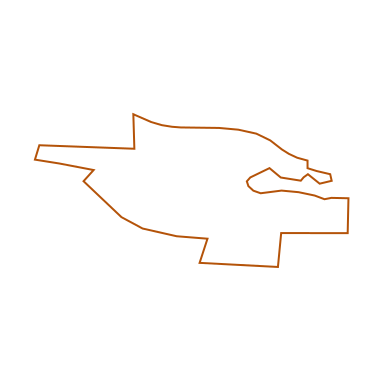 outline of Nicas, rotated 99°
{"feature_id": "LVA-5717", "entity_name": "Nicas", "entity_type": "Municipality", "adm_level": 1, "iso_a3": "LVA", "parent_name": "Latvia", "parent_adm1": "", "projection": "albers", "projection_center": [21.055, 56.332], "detail": "fine", "context": "isolated", "style": "outline", "palette": "amber", "viewbox_px": 384, "rotation_deg": 99, "n_neighbors": 0, "source": "natural_earth", "source_scale": "10m", "svg_char_len": 747}
<svg xmlns="http://www.w3.org/2000/svg" viewBox="0 0 384 384"><g transform="rotate(99 192 192)"><path d="M124.4,262.1L129.3,243.2L130.7,232.2L130.7,221.9L130.0,213.2L124.5,175.3L123.2,156.0L124.3,137.6L128.8,122.8L136.0,109.7L139.2,102.2L141.7,93.5L142.9,82.8L150.4,81.6L151.8,72.1L152.8,58.3L159.1,55.8L163.8,67.2L156.3,80.3L160.0,84.0L163.8,86.3L163.8,100.1L163.8,106.6L156.3,119.2L168.5,136.7L172.9,139.5L177.4,137.2L181.1,131.6L182.5,124.0L176.6,103.8L175.5,86.7L176.3,70.3L178.4,60.0L176.0,53.4L173.7,36.5L208.3,31.8L218.6,97.5L252.6,95.4L260.8,173.4L235.7,169.4L238.1,200.2L235.8,235.1L227.9,257.7L198.3,300.8L185.7,292.6L184.6,327.5L184.6,352.2L169.7,350.1L158.3,255.7L124.4,262.1Z" fill="none" stroke="#b45309" stroke-width="2"/></g></svg>